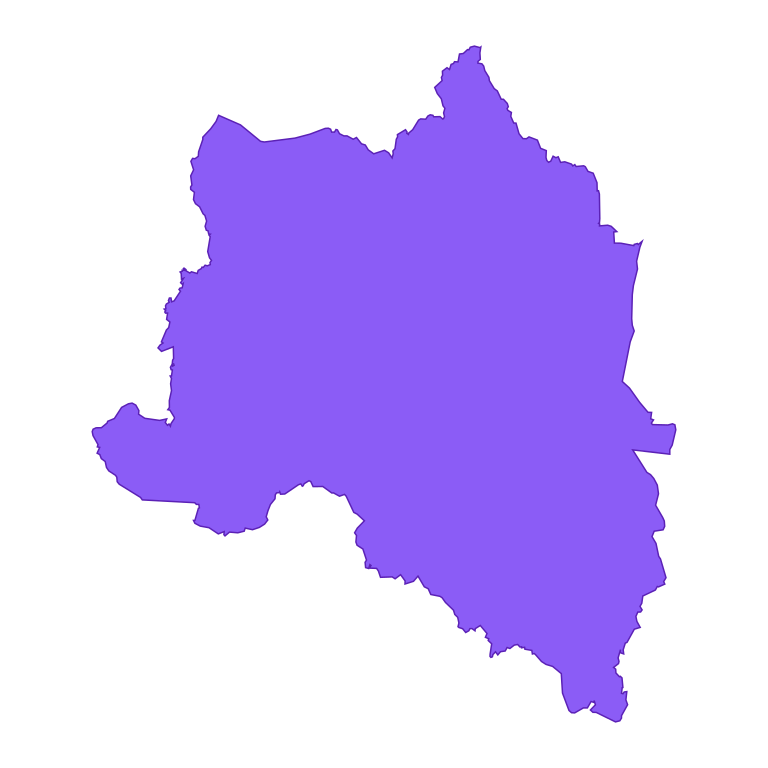 Mazamitla, Jalisco, Mexico (Natural Earth projection)
{"feature_id": "50627088B5705266503054", "entity_name": "Mazamitla", "entity_type": "district", "adm_level": 2, "iso_a3": "MEX", "parent_name": "Mexico", "parent_adm1": "Jalisco", "projection": "natural_earth1", "projection_center": [-103.078, 19.891], "detail": "fine", "context": "isolated", "style": "filled", "palette": "violet", "viewbox_px": 768, "rotation_deg": 0, "n_neighbors": 0, "source": "geoboundaries", "source_scale": "gbopen_adm2", "svg_char_len": 6089}
<svg xmlns="http://www.w3.org/2000/svg" viewBox="0 0 768 768"><path d="M128.4,403.8L121.6,407.4L114.4,418.5L107.7,421.3L107.1,423.0L101.4,427.7L96.1,427.8L93.1,429.2L92.2,431.6L93.0,435.6L98.0,444.6L97.3,446.9L99.7,447.4L97.1,453.2L99.8,454.6L101.3,458.6L105.2,461.5L106.5,467.5L108.8,470.9L115.5,475.3L116.8,477.2L117.2,481.7L119.2,484.2L140.5,497.4L142.3,499.9L194.7,502.7L196.4,504.4L198.8,504.4L199.4,507.8L198.4,508.3L194.9,520.4L193.5,520.4L194.9,523.3L200.2,526.1L209.0,527.7L218.3,533.9L224.2,531.6L223.9,534.7L225.0,535.9L229.5,532.1L237.8,532.8L244.2,531.2L245.2,528.1L252.5,529.7L259.4,527.4L264.6,524.1L267.8,520.0L266.2,516.8L267.9,510.9L270.4,504.5L275.0,498.8L275.3,494.8L276.5,492.9L279.3,492.6L279.7,491.8L280.5,494.2L284.8,494.0L298.5,484.7L300.8,483.9L302.3,486.2L303.1,485.8L304.2,483.7L309.0,480.7L310.8,481.6L313.1,486.6L322.8,486.5L331.8,493.0L333.5,492.9L339.5,496.2L344.5,494.4L346.2,496.2L353.8,512.4L357.1,514.1L364.4,520.8L357.3,528.1L354.6,532.8L356.5,535.5L355.9,542.0L357.1,545.3L362.9,549.0L366.5,560.1L365.1,562.3L365.6,567.6L368.7,568.5L369.9,564.6L371.0,565.5L369.3,568.1L376.6,568.4L378.4,571.0L380.5,577.3L392.2,576.9L395.1,578.8L400.6,574.7L405.1,580.9L405.0,584.0L413.5,581.3L418.0,576.1L424.3,586.8L428.2,588.7L430.8,594.5L439.9,596.3L442.1,597.7L445.5,602.5L453.5,610.2L454.8,614.5L457.7,617.3L458.9,623.0L458.0,626.7L458.9,627.5L462.6,628.7L465.7,632.5L468.8,630.8L470.0,628.6L472.0,628.6L475.0,630.8L475.3,628.6L480.3,625.5L487.0,633.5L485.4,637.3L488.7,638.7L488.2,640.5L491.7,643.8L490.1,654.1L490.0,656.4L490.9,657.4L492.4,656.8L492.9,654.6L495.5,651.8L497.8,654.9L500.5,651.7L505.2,651.0L507.1,647.5L509.9,648.5L514.3,645.1L517.6,644.5L520.0,647.0L521.6,646.8L521.6,647.8L524.6,647.3L524.9,649.2L531.8,650.4L532.4,654.0L534.2,653.5L535.5,654.6L541.5,661.5L546.0,664.4L552.6,666.4L561.3,673.6L562.5,693.1L569.0,710.5L571.5,712.7L574.7,712.9L583.4,707.9L587.4,707.9L591.1,701.5L593.8,702.4L594.2,700.6L595.4,704.8L590.4,710.0L592.9,712.3L596.2,712.4L615.5,721.9L619.8,720.8L621.5,718.1L621.5,715.7L627.6,704.7L625.9,699.9L626.8,691.6L624.2,692.0L623.0,693.7L621.5,693.3L622.2,687.7L622.9,687.5L622.0,677.9L620.3,676.3L619.4,676.7L615.9,672.9L615.7,669.2L613.6,667.4L618.5,663.6L619.0,661.4L618.1,657.9L620.5,649.6L620.3,652.7L623.7,653.9L623.2,649.8L625.3,643.1L627.0,642.4L634.3,629.2L640.2,627.4L636.9,621.4L635.9,616.4L637.8,612.1L640.6,612.0L642.1,609.9L640.0,606.4L641.8,603.2L642.8,596.0L655.4,590.0L657.3,586.5L658.5,586.9L664.8,584.1L663.7,581.6L666.0,577.7L660.5,559.0L658.7,556.3L656.0,543.4L652.0,536.6L654.2,531.2L663.1,529.8L664.7,526.3L664.3,521.0L662.7,517.5L655.6,505.2L658.5,493.8L657.3,485.1L653.8,478.5L650.6,474.7L646.9,472.4L632.7,449.9L669.8,454.2L669.8,449.5L672.2,445.1L675.8,429.8L674.9,424.8L672.5,423.8L668.0,425.0L652.4,424.6L651.4,423.1L653.5,419.9L650.7,418.8L651.6,412.4L648.0,412.3L639.6,402.3L629.5,388.1L622.3,381.5L630.2,341.9L634.2,331.0L632.3,325.3L631.7,318.7L632.3,294.7L633.4,285.6L637.5,269.0L636.6,261.2L639.9,247.2L642.1,241.3L638.3,244.5L637.4,243.5L634.2,244.4L633.8,245.6L620.8,243.2L614.4,243.1L613.7,232.0L616.8,231.6L611.2,226.3L607.7,225.2L599.5,225.9L599.7,224.0L598.6,223.4L599.5,222.5L599.8,218.7L599.4,194.1L598.5,190.7L597.2,190.9L597.0,182.7L593.2,173.2L588.0,171.4L585.3,166.7L583.7,165.8L576.1,166.5L574.8,164.6L572.8,165.9L571.5,164.1L564.8,161.8L560.6,162.4L558.2,156.8L555.9,157.7L553.1,156.2L550.8,161.1L548.6,162.3L546.8,160.5L546.0,157.4L546.3,150.6L540.6,148.3L537.4,140.1L529.0,136.9L526.5,138.7L522.9,138.6L519.0,133.7L516.0,123.1L513.7,123.0L510.8,116.4L511.4,112.5L507.8,110.3L507.1,108.6L508.3,106.7L507.3,103.5L503.5,99.3L501.2,99.2L497.3,90.9L494.2,88.6L489.4,80.7L488.9,77.3L484.8,70.6L483.7,66.1L481.9,63.8L477.9,63.1L478.0,61.4L480.3,59.4L479.9,52.9L480.8,47.0L480.0,47.6L474.4,46.1L470.3,47.2L468.9,49.8L467.5,49.6L463.3,53.5L459.5,54.0L458.0,61.9L454.5,61.7L453.5,63.5L451.1,64.4L449.5,69.5L447.0,67.7L442.4,71.2L442.6,75.2L441.4,77.4L442.1,80.6L434.7,87.4L437.3,93.6L441.3,98.8L443.0,105.8L444.9,108.3L443.6,112.9L444.5,116.7L443.5,118.7L442.7,119.0L440.0,116.6L433.7,116.8L432.9,115.3L430.2,114.8L427.9,116.0L425.7,119.2L420.7,118.9L418.6,120.1L412.7,129.7L408.7,133.1L408.4,134.4L406.8,133.3L407.1,132.1L405.5,129.7L397.4,134.6L397.6,136.9L396.3,139.2L395.0,148.7L392.9,151.0L393.2,153.8L392.1,157.9L388.6,152.8L384.5,150.3L373.7,153.8L368.2,149.8L365.3,145.0L361.5,143.8L356.5,137.5L353.2,139.2L347.1,135.9L343.9,135.9L339.5,133.7L337.4,129.9L336.0,129.5L334.5,132.1L331.6,132.1L330.6,129.2L328.4,128.2L325.2,128.4L310.1,134.1L295.0,138.1L264.3,142.0L260.5,141.3L240.5,124.9L218.6,115.3L216.1,121.4L210.7,128.8L202.8,137.2L202.8,139.5L198.6,151.8L198.3,156.3L195.0,158.7L192.6,158.4L190.9,161.3L193.6,169.8L190.7,175.9L191.9,185.0L190.6,187.0L190.7,189.4L194.4,192.3L193.5,199.6L195.5,203.7L199.6,206.8L203.1,213.8L204.9,215.4L206.6,221.1L205.1,226.3L206.3,230.2L208.0,230.8L208.7,234.0L210.2,234.2L209.1,235.2L210.2,236.7L207.7,251.6L209.5,257.8L211.5,260.4L210.0,262.5L210.3,264.6L207.3,265.8L205.1,265.2L203.3,267.4L202.0,267.1L201.3,268.6L198.2,270.4L197.2,273.5L191.5,271.8L189.8,273.0L186.0,270.8L186.0,269.6L184.0,268.1L183.3,268.8L184.4,270.3L182.2,270.2L182.3,271.2L180.1,272.0L181.2,273.4L181.5,279.1L183.5,278.3L180.6,282.7L182.3,284.3L183.1,283.6L182.2,287.8L180.0,288.1L179.0,289.5L180.5,291.2L174.1,300.9L171.6,301.8L171.0,298.0L169.4,298.0L168.4,300.6L169.2,302.3L166.4,304.0L165.5,305.8L165.9,308.8L164.2,309.1L165.7,310.8L164.8,312.0L165.5,313.1L167.6,313.1L166.6,319.4L169.9,322.0L168.7,327.6L166.4,330.0L161.4,341.9L163.0,343.0L160.0,345.1L158.0,347.9L161.5,351.4L173.3,346.8L173.6,358.6L172.6,360.2L172.2,364.1L173.6,363.9L174.1,365.3L172.7,366.1L172.0,364.5L170.4,367.3L171.1,369.7L172.4,370.0L171.5,375.9L170.2,376.0L171.5,378.6L170.6,383.8L171.5,390.6L169.3,400.7L169.4,407.5L167.8,409.7L170.0,410.2L174.4,417.4L174.3,418.7L171.0,423.6L170.4,426.2L169.0,424.0L167.5,425.3L165.3,422.5L166.7,418.9L159.6,420.4L144.8,418.3L138.6,414.2L138.9,410.6L135.8,405.1L132.1,403.1L128.4,403.8Z" fill="#8b5cf6" stroke="#5b21b6" stroke-width="1.5"/></svg>